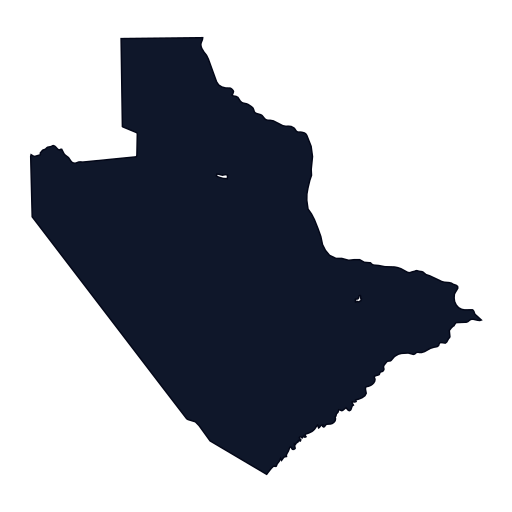 map outline of Central (Albers equal-area conic projection)
{"feature_id": "BWA-2630", "entity_name": "Central", "entity_type": "District", "adm_level": 1, "iso_a3": "BWA", "parent_name": "Botswana", "parent_adm1": "", "projection": "albers", "projection_center": [27.183, -21.474], "detail": "fine", "context": "isolated", "style": "filled", "palette": "ink", "viewbox_px": 512, "rotation_deg": 0, "n_neighbors": 0, "source": "natural_earth", "source_scale": "10m", "svg_char_len": 5259}
<svg xmlns="http://www.w3.org/2000/svg" viewBox="0 0 512 512"><path d="M202.7,37.7L202.7,37.8L202.4,39.6L201.1,42.9L200.8,44.7L201.2,46.9L201.8,48.5L203.9,52.0L206.5,55.3L208.4,59.2L216.6,81.9L218.7,85.0L221.9,87.0L225.7,88.0L230.1,88.1L231.0,88.5L231.8,89.1L232.5,89.8L233.3,90.9L233.5,91.6L232.9,93.5L232.4,94.6L231.8,94.9L231.8,95.0L232.8,95.7L233.5,96.0L236.0,96.4L237.9,97.4L240.2,101.0L241.8,102.5L243.3,103.1L246.6,103.8L248.2,104.5L251.5,106.7L253.0,108.1L253.7,109.8L254.3,111.8L255.4,113.0L256.9,113.6L260.7,114.7L261.9,115.4L262.2,115.7L262.8,116.4L264.0,117.9L265.3,119.3L266.7,120.0L268.3,120.3L270.3,120.3L273.4,120.9L282.8,125.7L285.8,126.3L288.5,126.2L291.2,126.5L294.0,128.0L294.8,128.9L296.2,131.0L297.1,131.7L298.1,132.1L298.9,132.1L299.8,132.1L300.8,132.1L302.5,132.4L304.3,132.9L305.7,133.8L306.8,135.4L311.1,146.3L312.5,156.6L311.2,169.4L311.5,175.3L309.8,180.3L308.0,187.8L306.9,194.0L306.8,200.3L308.0,209.0L311.5,214.0L314.4,219.6L317.9,228.4L320.8,236.5L322.5,244.6L325.4,250.3L329.5,255.3L335.9,258.4L341.7,258.4L348.7,260.3L353.9,259.7L359.7,259.7L364.3,262.3L370.5,262.8L371.5,263.9L372.6,264.7L373.9,265.1L378.7,265.5L384.8,266.7L394.6,267.0L397.6,267.6L400.9,268.7L407.5,272.3L409.3,272.7L410.7,272.4L412.0,271.9L414.9,271.2L415.7,270.8L416.7,270.6L419.3,271.3L421.7,271.6L422.9,272.0L426.0,274.6L429.7,275.8L441.7,281.5L444.2,282.2L449.2,282.6L451.5,283.2L453.0,284.2L456.2,285.3L457.6,286.4L457.8,288.1L456.7,290.1L455.4,292.2L454.4,294.1L454.1,297.9L454.6,301.6L456.2,305.0L458.6,307.7L461.6,309.3L464.6,309.9L472.4,309.8L472.8,310.0L473.6,311.0L474.0,311.8L474.6,313.6L475.1,314.4L481.3,320.0L479.8,320.5L477.4,320.2L473.0,319.2L470.8,319.4L469.2,320.5L467.9,321.6L466.4,322.2L456.5,322.6L455.8,322.9L454.1,325.2L454.1,325.6L452.8,326.4L451.2,328.0L449.3,330.5L449.9,336.7L449.5,337.7L448.7,338.4L446.7,342.0L445.3,343.1L441.8,342.6L439.9,342.7L439.1,343.9L438.6,345.5L437.4,346.5L435.8,346.9L434.0,347.2L430.4,348.3L424.5,351.6L421.6,352.5L419.5,352.5L417.9,352.2L416.4,352.5L414.7,354.0L413.4,354.4L408.2,353.0L401.5,353.4L398.4,354.2L395.4,355.9L394.1,356.9L391.1,360.4L390.3,360.9L388.4,361.1L387.5,361.3L386.7,361.8L384.1,365.1L383.7,365.9L383.5,367.0L383.7,368.1L383.9,368.8L383.9,369.5L383.3,370.7L382.6,371.3L381.7,371.7L380.9,371.8L380.2,372.2L379.9,372.7L379.4,374.1L379.1,374.6L377.9,375.1L376.0,375.6L374.5,376.3L374.3,377.3L375.0,379.2L374.7,381.2L373.7,382.9L372.4,384.2L371.3,385.0L369.7,385.8L368.0,386.4L366.5,386.6L365.5,387.5L365.5,389.5L366.2,393.3L364.9,395.7L362.1,397.7L358.7,399.1L355.6,399.9L356.1,401.5L354.8,402.0L353.1,401.9L352.2,401.7L352.0,402.4L352.2,403.1L352.6,403.7L352.7,404.1L352.9,404.4L353.2,404.7L353.4,405.1L353.0,405.3L352.9,405.4L352.3,405.9L352.2,405.9L351.0,409.3L350.5,410.1L349.3,410.7L348.2,410.2L346.0,407.7L342.8,410.3L341.8,410.7L340.7,410.3L339.6,409.8L338.7,409.7L338.0,412.2L336.4,413.9L336.1,415.2L336.0,415.7L335.8,416.2L335.5,416.6L335.2,416.8L335.0,417.0L335.2,417.6L335.4,418.3L335.5,418.9L335.1,420.8L333.8,422.4L332.2,423.5L330.5,424.0L327.1,424.2L326.0,424.6L325.3,425.4L324.6,426.5L323.8,427.0L322.7,426.4L323.3,425.1L322.6,424.9L321.4,425.3L320.5,425.8L320.2,426.3L319.4,427.4L318.6,427.9L317.7,425.1L316.6,426.1L314.6,429.1L313.3,430.4L311.9,431.5L308.8,433.0L305.8,434.0L304.9,435.0L306.0,436.7L305.2,437.1L304.5,437.1L303.8,436.8L303.3,436.1L303.1,436.6L302.5,437.3L302.1,437.9L301.4,437.1L300.5,436.8L299.7,436.9L299.3,437.6L299.7,438.7L300.4,439.3L300.8,439.8L300.4,440.9L299.4,440.3L298.6,440.4L297.8,441.0L297.1,442.1L297.7,442.1L296.2,443.2L295.7,443.7L295.5,444.5L294.9,444.2L294.4,443.9L294.5,445.7L295.0,447.2L295.1,448.5L293.8,449.4L292.4,449.3L291.8,448.4L291.3,447.3L290.5,446.9L289.7,447.6L288.3,451.2L286.7,454.0L286.3,455.7L286.5,456.5L286.1,456.6L284.5,456.8L283.5,457.7L281.6,460.3L281.4,459.8L280.7,458.9L280.5,458.4L279.9,460.1L279.1,461.4L277.2,463.9L276.9,464.5L276.4,465.9L276.1,466.3L275.5,466.4L274.0,466.2L273.4,466.3L271.3,468.3L267.6,473.0L267.2,473.7L266.9,474.0L266.6,474.3L210.1,440.9L199.0,425.5L195.4,421.8L188.2,419.6L187.2,419.1L186.5,418.5L162.4,387.1L32.2,216.8L30.7,156.4L31.1,154.7L33.2,156.0L34.3,156.4L35.2,156.3L40.3,154.8L40.5,154.3L40.4,153.8L40.3,153.3L40.3,153.0L42.2,150.7L42.8,150.1L43.6,149.8L44.6,149.5L45.5,149.1L46.9,147.7L47.7,147.2L50.9,146.6L52.0,146.1L52.7,145.7L53.5,145.6L54.8,146.2L55.7,147.0L57.9,149.4L59.5,150.0L60.7,149.3L61.7,149.3L64.0,153.8L65.2,155.1L68.5,157.6L70.8,161.0L72.2,162.5L74.1,163.2L75.8,163.1L78.7,162.0L80.5,161.9L81.7,162.0L82.6,162.1L135.5,156.9L136.4,156.6L136.8,155.7L136.9,154.7L137.3,134.1L137.1,133.1L136.6,132.6L122.9,126.9L122.7,126.8L122.4,126.5L121.1,38.6L121.9,38.6L202.6,37.7L202.7,37.7ZM222.5,175.2L218.3,174.2L216.9,174.0L216.4,176.0L218.6,177.1L223.0,178.4L227.3,178.7L227.6,175.2L225.7,174.6L223.8,174.9L222.5,175.2ZM358.2,302.0L358.9,301.8L359.6,301.3L360.7,300.9L361.0,300.1L361.1,299.3L361.5,298.9L361.3,298.6L360.5,298.1L360.7,297.2L360.7,296.6L360.5,295.7L360.1,295.4L359.3,295.6L358.9,296.5L358.8,297.1L358.2,297.8L358.2,298.6L357.3,299.0L356.8,299.1L356.2,298.8L355.3,299.3L355.3,299.7L355.5,300.0L355.6,300.4L355.3,301.0L355.4,301.6L355.5,302.1L356.4,301.9L357.1,301.4L357.7,301.5L358.2,302.0Z" fill="#0f172a" stroke="#020617" stroke-width="1.5"/></svg>